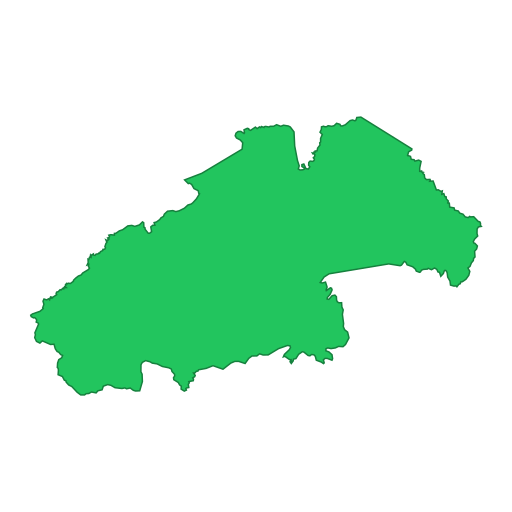 Carmen Del Darién (Curbaradó), Chocó, Colombia (Albers equal-area conic projection)
{"feature_id": "7082276B82467093202899", "entity_name": "Carmen Del Darién (Curbaradó)", "entity_type": "district", "adm_level": 2, "iso_a3": "COL", "parent_name": "Colombia", "parent_adm1": "Chocó", "projection": "albers", "projection_center": [-77.0, 7.04], "detail": "fine", "context": "isolated", "style": "filled", "palette": "green", "viewbox_px": 512, "rotation_deg": 0, "n_neighbors": 0, "source": "geoboundaries", "source_scale": "gbopen_adm2", "svg_char_len": 6030}
<svg xmlns="http://www.w3.org/2000/svg" viewBox="0 0 512 512"><path d="M80.7,394.9L84.6,394.9L86.1,393.7L88.8,393.5L91.5,392.0L96.1,392.9L97.9,390.8L102.1,389.8L103.3,386.2L107.6,384.6L110.9,385.3L115.0,387.7L122.0,388.5L124.8,387.9L126.6,388.8L130.2,388.0L133.3,390.3L135.5,391.0L139.7,390.8L142.4,381.5L142.1,374.2L140.9,371.7L141.0,364.7L142.3,362.4L145.6,360.6L150.1,361.8L152.2,363.1L157.1,363.9L162.4,366.5L168.8,367.8L171.3,369.0L172.0,371.5L174.5,374.2L174.7,375.9L173.5,377.7L173.8,379.7L178.3,382.5L179.6,384.9L181.3,386.2L181.1,389.1L184.3,391.1L186.4,390.1L185.8,388.6L186.5,388.0L188.8,387.5L188.3,384.3L189.3,382.8L188.8,381.6L193.3,380.7L193.5,379.2L192.7,377.9L194.7,376.7L195.2,375.4L193.5,373.0L194.9,372.9L196.4,371.2L197.9,371.1L198.5,369.8L206.1,368.4L213.0,365.7L223.0,369.2L230.8,363.1L234.8,361.4L238.7,361.4L245.1,363.5L248.8,358.3L252.0,356.0L256.9,355.9L259.6,353.8L263.1,355.0L268.2,354.9L278.6,348.6L287.4,345.5L290.0,345.8L290.5,347.6L289.3,349.7L284.4,354.4L283.4,356.8L284.8,356.3L289.7,359.7L291.0,359.6L290.7,360.4L291.5,361.0L290.1,361.8L291.3,363.5L293.2,360.9L293.5,359.1L295.9,358.6L298.6,354.3L302.4,351.7L303.9,352.1L308.1,355.5L309.9,355.8L311.6,354.5L313.9,354.8L315.3,356.3L316.3,360.2L321.3,362.1L323.5,363.6L324.2,362.9L323.4,359.8L325.0,358.4L327.2,358.4L332.0,360.2L332.6,358.7L332.0,354.7L328.9,351.9L325.9,350.8L325.9,348.8L327.7,347.9L331.0,348.6L335.4,347.9L338.6,346.4L343.0,346.7L345.5,344.5L349.0,337.9L347.6,332.1L344.6,329.7L343.3,326.6L343.6,323.5L342.4,314.4L343.2,309.9L341.9,307.1L341.6,302.7L339.0,302.8L337.4,301.9L336.6,300.2L336.4,296.7L334.9,295.1L332.1,295.7L328.8,299.4L327.1,299.0L327.4,297.4L330.1,294.4L332.1,289.9L331.5,288.2L330.4,287.8L326.3,290.6L326.1,289.8L327.1,287.1L325.5,282.1L322.3,283.0L320.2,282.5L324.1,277.0L329.1,273.8L388.7,263.9L400.1,265.7L401.5,265.1L404.3,261.4L405.8,262.2L407.1,264.8L412.6,266.7L415.4,269.1L416.3,271.1L419.5,272.3L420.4,272.0L421.5,270.2L423.4,269.4L427.4,269.1L428.2,268.3L431.5,269.7L434.6,268.0L436.8,269.4L438.0,272.0L439.5,272.3L440.8,276.3L443.4,273.5L444.2,271.0L445.0,270.3L446.0,270.6L447.1,272.5L447.7,277.1L450.0,281.1L450.5,285.1L454.0,286.1L455.9,285.9L456.9,286.8L458.8,284.3L460.3,283.7L460.7,282.0L462.4,281.7L465.9,279.3L468.8,275.3L469.8,271.4L467.9,268.0L470.0,266.4L471.4,262.9L473.3,260.6L473.6,258.4L475.0,257.0L474.6,251.2L476.6,249.0L477.4,246.0L474.9,243.3L473.8,243.0L473.3,241.6L474.6,239.1L477.7,236.0L477.0,233.5L477.1,229.0L478.4,226.9L481.3,226.4L480.5,225.4L480.5,223.3L479.9,221.9L478.2,221.4L473.7,216.7L470.5,216.9L469.7,216.4L468.2,217.6L465.2,216.9L463.0,214.2L459.7,213.1L458.3,211.0L454.6,210.1L454.1,207.9L449.7,207.1L449.3,203.1L447.8,202.9L448.3,201.0L446.2,198.8L446.2,196.9L444.8,196.6L443.8,193.6L441.8,194.3L442.3,190.9L441.0,191.4L438.3,189.8L436.4,190.0L433.1,181.0L429.7,181.3L430.3,180.2L430.0,179.4L426.4,179.6L424.7,177.9L424.3,174.7L423.1,173.7L422.6,172.6L423.1,172.3L421.4,171.8L421.5,171.0L419.7,171.3L419.7,168.0L421.1,161.4L418.7,160.1L414.9,161.1L414.1,159.7L411.2,159.3L410.5,156.4L407.9,155.5L407.4,156.1L408.6,151.8L411.7,150.1L411.9,148.9L360.9,117.1L356.8,117.5L356.0,120.0L355.0,120.8L352.5,120.0L350.1,120.6L345.3,124.8L342.2,126.0L340.8,125.9L339.9,124.3L336.6,123.3L334.1,125.7L331.7,126.3L328.1,125.7L326.8,126.6L324.9,126.8L323.6,126.2L321.5,126.8L321.3,129.5L320.0,132.2L322.3,134.5L320.6,138.4L320.6,142.0L319.7,142.8L320.0,145.0L317.6,148.1L317.1,150.8L315.2,151.0L315.4,152.0L314.1,151.9L313.6,153.3L312.4,153.0L312.9,153.9L314.4,153.9L314.9,154.7L314.6,156.5L313.3,157.8L314.4,159.0L314.1,160.5L312.8,161.4L310.1,161.1L308.8,162.4L308.6,165.2L309.8,166.8L308.4,169.0L306.0,168.7L303.8,164.0L301.9,164.6L301.9,166.5L304.4,168.1L304.3,169.2L302.8,169.8L300.0,170.0L298.3,169.0L299.2,165.9L297.5,160.6L294.7,146.0L294.0,131.9L290.3,127.0L288.4,126.0L283.5,125.2L280.8,126.3L276.6,124.7L273.6,126.3L270.1,126.3L269.0,127.0L265.6,126.4L264.3,126.7L264.0,127.5L261.4,126.5L260.7,127.6L259.5,126.9L257.1,128.6L255.4,127.1L250.5,130.4L248.7,129.5L248.7,128.7L247.3,128.3L244.0,129.8L244.5,132.9L244.0,133.5L240.8,131.4L238.1,131.5L236.0,133.2L235.2,135.8L236.5,138.0L240.3,140.0L242.7,142.7L242.1,149.2L201.8,173.3L184.6,179.9L188.3,183.6L189.6,183.2L191.6,184.4L194.0,188.6L198.2,190.7L198.8,193.4L199.5,193.8L196.4,198.9L192.9,202.7L191.3,204.0L187.9,205.0L184.4,208.2L179.2,210.8L175.8,211.6L172.8,210.6L167.5,211.2L164.3,214.2L163.5,216.4L161.0,217.8L159.7,219.6L156.4,222.0L154.1,222.6L154.9,225.2L152.7,225.3L150.8,226.9L151.6,231.7L149.5,233.3L148.2,233.2L145.2,229.4L144.9,227.6L143.9,227.2L143.7,222.7L142.5,221.9L139.4,224.9L134.8,226.4L131.8,225.4L127.8,225.9L122.7,229.7L119.3,230.9L115.9,233.3L114.4,233.4L114.4,235.1L110.9,234.7L108.8,235.2L109.5,236.5L109.1,237.5L107.8,237.9L108.8,238.9L108.0,239.2L108.4,239.8L107.4,240.7L105.9,239.9L106.9,242.4L106.0,243.3L104.9,246.6L105.5,247.8L104.7,249.2L102.9,249.4L102.8,250.5L100.5,251.6L99.5,253.3L98.9,253.0L98.0,253.9L96.1,254.1L95.0,255.4L93.2,254.9L93.3,254.0L91.2,255.2L91.1,256.4L90.5,255.3L90.2,257.3L89.5,257.3L88.8,259.4L88.0,259.1L88.2,262.6L87.1,265.0L88.7,264.4L88.4,266.4L89.5,268.1L88.3,269.6L82.7,273.0L81.1,275.0L78.4,276.0L75.7,278.1L73.5,280.3L73.4,281.3L70.4,283.5L68.3,283.2L67.1,283.9L66.7,283.4L65.5,284.6L65.8,285.6L64.7,286.5L66.1,287.6L63.9,287.8L63.7,288.7L63.1,288.1L61.0,290.0L60.1,289.7L58.2,291.7L56.6,292.1L56.1,293.7L56.7,294.7L52.7,297.3L50.6,296.9L50.1,297.9L50.8,298.2L50.0,298.3L49.6,299.9L48.5,298.8L46.7,299.9L44.0,299.0L43.0,301.2L43.9,304.3L42.7,307.8L43.2,308.6L40.0,311.3L32.5,313.9L30.7,315.2L31.2,316.6L33.5,317.9L34.7,317.6L36.1,319.0L36.7,320.0L36.2,322.1L38.0,322.9L38.6,324.0L34.9,332.8L35.4,334.8L34.7,337.6L36.5,341.4L39.9,343.1L42.3,340.9L50.6,344.5L54.0,344.2L55.3,348.8L57.1,351.5L58.9,352.3L60.7,354.6L62.6,355.4L61.7,357.8L58.8,359.6L57.6,363.0L57.3,367.5L58.2,368.4L58.4,370.3L58.1,374.7L62.4,376.5L64.4,380.3L65.8,380.6L66.2,382.2L68.7,385.0L71.8,386.5L77.1,392.2L80.7,394.9Z" fill="#22c55e" stroke="#15803d" stroke-width="1.5"/></svg>